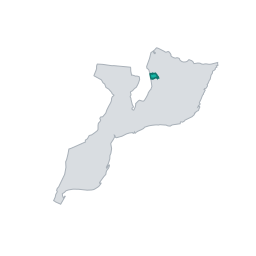 location of Ngauma, Niassa, Mozambique, rotated 26°
{"feature_id": "85939544B1529593178446", "entity_name": "Ngauma", "entity_type": "district", "adm_level": 2, "iso_a3": "MOZ", "parent_name": "Mozambique", "parent_adm1": "Niassa", "projection": "robinson", "projection_center": [35.668, -13.833], "detail": "fine", "context": "in_parent", "style": "filled", "palette": "teal", "viewbox_px": 256, "rotation_deg": 26, "n_neighbors": 0, "source": "geoboundaries", "source_scale": "gbopen_adm2", "svg_char_len": 4984}
<svg xmlns="http://www.w3.org/2000/svg" viewBox="0 0 256 256"><g transform="rotate(26 128 128)"><path d="M84.1,172.8L85.5,171.5L95.2,160.0L95.8,159.5L95.0,157.6L96.3,155.4L96.4,151.9L96.8,151.4L98.3,150.2L100.3,146.6L101.6,143.8L101.7,142.5L99.9,138.7L99.3,136.7L99.9,134.9L100.1,133.3L99.8,132.7L98.7,132.1L98.5,131.3L98.5,130.5L98.7,130.0L100.1,129.2L100.4,128.8L101.5,124.4L101.1,121.1L101.1,117.2L101.3,113.3L101.2,111.1L100.3,108.5L100.2,106.7L100.9,105.4L101.0,104.6L98.8,104.2L97.7,103.2L93.6,101.5L90.4,101.2L87.8,98.7L85.7,98.3L83.0,96.4L74.7,96.0L74.4,95.8L74.0,90.2L73.7,88.3L72.7,86.3L72.4,84.9L72.4,84.0L77.1,82.0L86.1,79.1L88.1,78.1L103.5,72.3L104.0,72.7L105.5,75.6L108.1,79.0L108.7,78.5L112.4,78.0L113.0,77.5L114.1,77.2L115.4,77.0L115.8,77.2L117.2,79.3L117.7,83.2L117.7,85.8L117.6,87.7L116.5,89.8L115.7,92.6L114.5,94.1L114.5,94.8L115.9,96.4L116.2,97.1L116.1,98.5L116.3,99.1L117.5,99.9L118.4,101.3L121.7,105.2L122.6,105.9L123.2,106.1L123.6,106.9L123.4,107.8L122.9,108.3L123.1,109.0L123.7,109.6L125.3,109.5L125.4,109.2L125.3,105.8L124.8,103.8L124.2,102.8L125.4,99.1L126.1,98.0L128.7,97.6L129.8,97.3L130.3,96.8L130.7,95.6L131.0,92.3L131.1,89.1L130.8,87.3L131.2,84.5L131.7,82.8L131.5,82.5L131.3,80.2L125.0,70.9L121.4,66.8L120.8,66.4L118.8,66.0L117.8,64.5L116.9,56.2L115.6,50.2L117.7,46.2L118.4,43.6L118.8,43.3L120.5,43.1L126.8,43.2L128.3,43.4L129.0,43.2L130.6,41.6L131.9,41.7L133.7,42.7L134.7,43.5L134.9,44.3L136.1,44.7L138.3,44.8L140.0,44.4L141.0,43.5L142.0,43.1L143.2,43.0L144.0,43.3L144.6,44.0L145.7,44.4L147.3,44.7L149.1,44.3L151.0,43.2L152.1,42.0L152.7,40.0L153.1,39.8L155.8,39.6L157.2,39.9L159.1,41.2L162.3,39.0L164.3,38.2L166.2,38.2L167.8,37.7L169.1,36.6L170.4,36.0L173.0,35.2L174.8,34.1L179.9,29.8L180.4,31.0L181.4,32.2L180.1,33.4L181.2,34.2L180.4,35.4L180.3,36.2L180.7,37.0L180.1,38.4L179.4,39.4L179.2,40.2L179.8,41.6L179.5,44.1L180.5,48.3L180.2,49.6L180.4,52.9L180.0,54.1L180.6,54.5L181.0,55.8L180.7,58.1L179.6,59.0L179.4,60.0L180.8,60.0L180.8,62.9L180.6,63.7L181.0,64.7L180.6,65.7L181.0,70.3L181.0,73.6L181.1,74.2L182.3,74.7L182.3,75.6L181.5,76.8L181.6,78.6L182.4,77.2L182.9,77.2L183.4,77.8L183.4,79.8L183.6,80.8L183.5,81.6L182.1,83.3L182.0,84.9L181.5,85.1L181.2,85.5L181.6,86.4L181.6,87.3L180.6,89.8L175.8,95.9L175.7,96.9L174.5,98.8L173.2,99.1L172.5,99.6L173.0,101.3L166.7,105.6L166.1,106.2L165.1,107.8L163.0,108.6L160.7,108.7L160.3,109.0L155.2,111.0L154.2,111.9L152.0,112.8L148.6,114.9L145.8,116.9L142.6,120.0L142.2,121.6L140.7,123.7L138.5,126.3L137.1,128.4L137.0,129.3L136.2,129.6L135.6,128.7L135.3,130.4L134.7,130.5L134.1,130.1L131.3,132.0L129.2,134.0L126.2,138.0L121.9,141.8L120.9,141.9L119.5,140.5L118.8,140.4L119.9,141.9L119.8,145.1L119.3,148.9L119.4,149.7L122.3,153.7L123.7,158.3L123.8,160.7L125.2,163.8L125.9,168.4L125.7,172.7L126.4,173.4L126.7,172.8L126.8,170.1L127.2,169.4L127.6,169.5L128.0,170.9L128.1,172.5L127.5,175.8L127.7,177.2L128.4,179.5L127.6,182.2L126.3,189.5L126.6,190.0L127.3,190.1L127.5,189.3L127.9,189.3L128.1,189.8L127.5,192.7L127.0,194.0L125.1,197.1L124.1,198.4L122.4,199.7L118.5,201.8L110.5,204.7L105.5,207.0L101.6,209.8L99.8,211.6L99.1,213.7L97.8,215.9L99.0,217.8L100.5,219.1L101.1,216.9L101.5,216.9L100.9,226.0L95.4,226.2L93.9,225.9L93.0,225.9L92.9,222.1L92.2,219.2L92.4,217.2L92.3,216.1L91.2,215.4L90.9,213.2L91.5,211.5L91.4,197.4L89.5,190.6L86.8,185.7L86.7,183.3L85.5,177.8L84.1,172.8ZM119.0,49.6L119.7,49.3L119.8,48.6L119.4,48.2L119.0,48.3L118.8,49.4L119.0,49.6ZM118.6,48.4L118.1,47.9L117.7,48.0L117.5,48.4L118.0,49.0L118.4,49.0L118.6,48.4Z" fill="#d9dde1" stroke="#a8b0b8" stroke-width="1"/><path d="M124.1,69.7L124.8,70.7L126.4,72.9L126.5,72.9L126.6,73.0L126.6,72.9L126.7,73.0L126.8,73.2L126.9,73.3L127.0,73.2L127.1,73.3L127.2,73.5L127.3,73.5L127.5,73.5L127.5,73.4L127.8,73.3L128.0,73.3L128.3,73.3L128.3,73.2L128.5,73.1L128.8,73.0L128.8,72.9L129.0,72.9L129.2,72.7L129.3,72.5L129.2,72.4L129.3,72.4L129.4,72.2L129.5,72.0L129.6,71.9L129.8,71.8L129.8,71.7L129.8,71.8L129.9,71.7L129.9,71.8L129.9,71.7L130.0,71.7L130.1,71.4L130.1,71.2L130.3,71.0L130.4,70.9L130.5,70.9L130.7,70.7L130.8,70.6L130.9,70.4L131.0,70.4L131.1,70.2L131.3,70.1L131.4,69.9L131.5,69.8L131.7,70.0L131.8,70.0L132.0,70.2L132.0,70.3L132.2,70.2L132.3,70.2L132.5,70.2L132.6,70.3L132.6,70.2L132.8,70.0L133.0,70.0L133.0,69.9L133.3,69.8L133.3,69.7L133.5,69.6L133.4,69.5L133.3,69.4L133.2,69.3L133.2,69.2L132.8,68.9L132.7,68.9L132.6,68.7L132.4,68.7L132.2,68.6L131.7,68.3L131.3,68.2L131.1,68.1L130.8,68.0L130.7,67.9L130.4,67.8L130.3,67.7L130.3,67.4L129.8,67.3L129.7,67.3L129.5,67.2L129.4,67.1L129.1,67.0L129.0,66.9L128.8,66.8L128.7,67.0L128.4,67.0L128.2,67.2L128.2,67.3L127.9,67.4L127.9,67.5L127.7,67.5L127.4,67.7L127.4,67.8L127.2,67.9L127.1,68.0L126.9,68.2L126.8,68.3L126.7,68.3L126.5,68.5L126.4,68.6L126.2,68.6L126.1,68.8L126.0,68.7L126.0,68.8L125.9,68.8L125.9,68.7L125.8,68.8L125.6,68.7L125.4,68.7L125.3,68.8L125.2,68.9L125.3,69.0L125.2,69.1L124.9,69.1L124.6,69.1L124.4,69.3L124.3,69.5L124.2,69.5L124.1,69.7Z" fill="#14b8a6" stroke="#0f766e" stroke-width="1.5"/></g></svg>